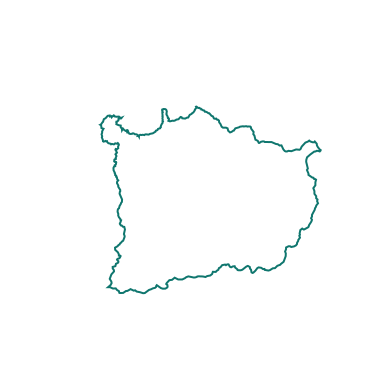 the district of Roncesvalles, Tolima, Colombia, rotated 229°
{"feature_id": "7082276B73571332128099", "entity_name": "Roncesvalles", "entity_type": "district", "adm_level": 2, "iso_a3": "COL", "parent_name": "Colombia", "parent_adm1": "Tolima", "projection": "natural_earth1", "projection_center": [-75.521, 4.104], "detail": "fine", "context": "isolated", "style": "outline", "palette": "teal", "viewbox_px": 384, "rotation_deg": 229, "n_neighbors": 0, "source": "geoboundaries", "source_scale": "gbopen_adm2", "svg_char_len": 6050}
<svg xmlns="http://www.w3.org/2000/svg" viewBox="0 0 384 384"><g transform="rotate(229 192 192)"><path d="M79.2,210.9L79.4,211.8L79.2,215.3L82.1,220.6L84.1,222.5L86.0,223.2L87.1,225.4L88.4,226.6L87.7,229.3L86.7,230.4L85.4,230.8L84.0,233.3L83.5,235.4L83.8,237.0L84.8,238.1L85.4,240.0L86.1,240.8L86.7,243.5L88.6,244.3L88.9,245.4L90.1,246.0L92.2,248.8L92.1,251.2L90.4,251.7L90.1,252.2L89.2,256.5L89.3,257.2L90.2,258.6L91.4,262.7L92.3,264.3L94.1,264.7L94.7,266.4L96.0,267.5L98.1,273.0L99.0,274.1L99.4,275.5L100.3,277.0L100.8,279.7L103.0,280.4L104.0,281.8L105.8,281.6L107.4,283.0L110.3,283.2L112.4,285.0L115.3,286.1L116.1,289.5L118.4,291.5L119.9,293.7L120.8,293.5L121.7,292.7L123.1,293.0L123.9,292.3L128.5,291.1L129.5,292.0L133.2,293.2L133.7,294.8L139.9,298.0L141.3,299.4L142.7,301.6L142.7,306.0L142.3,310.8L141.5,311.9L141.3,313.1L140.2,314.2L138.8,315.0L138.9,316.2L139.2,316.6L140.2,316.3L143.1,316.4L145.1,316.8L146.6,317.8L149.5,317.8L149.3,316.9L150.5,315.6L152.6,314.4L153.9,314.2L154.0,312.5L154.9,310.0L154.3,304.6L153.2,302.1L153.3,300.9L155.8,298.5L157.6,293.8L159.8,291.8L160.3,290.2L161.0,289.4L162.1,288.9L164.2,288.9L168.5,290.1L169.6,288.6L171.8,288.1L173.1,286.9L177.5,284.8L182.0,279.7L182.9,279.5L183.7,278.7L184.6,277.1L184.8,275.1L185.3,274.6L187.5,275.2L189.9,274.2L193.6,276.1L195.4,276.2L196.9,277.9L201.0,278.2L202.4,279.0L203.2,278.9L204.8,277.2L205.0,276.7L206.1,276.1L207.5,274.0L208.1,273.7L209.8,271.1L210.0,269.9L211.6,266.5L210.9,263.9L211.2,263.6L211.4,261.3L212.0,259.8L214.5,259.5L216.7,260.6L218.2,259.9L220.2,257.6L221.8,257.2L224.7,258.1L226.7,258.2L228.2,259.2L229.5,259.0L230.0,258.4L231.6,258.4L232.0,257.5L233.1,256.8L235.3,257.4L236.7,256.7L240.1,256.7L240.6,256.1L242.3,255.7L243.5,255.1L244.1,254.4L245.4,254.7L246.2,254.0L247.4,253.8L248.1,253.1L248.9,253.4L249.6,252.9L250.6,252.8L251.3,251.8L253.5,251.4L253.7,251.0L252.7,250.7L252.3,248.2L251.8,247.7L251.1,245.1L251.4,244.1L251.2,242.9L251.7,240.9L250.7,238.0L251.4,237.0L251.9,235.0L254.0,233.0L255.3,233.2L256.1,232.6L255.8,229.5L256.9,227.7L257.0,226.5L257.6,225.0L258.6,224.1L259.8,221.7L261.2,220.9L261.7,222.0L262.4,222.6L263.4,222.3L263.7,222.8L264.4,222.7L265.2,223.2L267.1,223.5L267.5,224.0L267.8,224.0L269.4,225.9L271.0,226.5L272.1,226.2L273.3,225.0L273.8,223.6L273.4,223.1L272.7,223.1L272.1,222.3L271.4,222.3L271.3,221.6L268.9,219.9L268.7,219.4L267.9,219.2L266.9,217.9L265.5,217.2L265.0,216.3L264.2,216.3L264.0,215.6L263.3,214.8L263.1,213.5L262.0,211.4L261.4,211.1L261.4,210.4L261.0,209.8L261.9,207.8L261.4,206.5L262.0,204.9L261.5,204.1L262.0,200.9L263.5,198.3L263.7,197.0L265.8,195.0L266.2,194.3L266.2,193.4L267.5,192.4L268.1,191.3L269.2,190.4L269.3,189.0L268.6,188.3L269.5,188.5L269.9,187.9L270.1,188.4L270.8,188.4L272.0,187.9L273.0,186.8L274.5,186.4L275.3,185.5L275.2,185.0L276.2,183.6L277.2,182.9L278.2,183.1L279.3,182.3L279.8,183.7L281.0,183.9L281.4,183.3L280.9,182.6L281.4,182.1L283.3,181.5L285.2,181.5L284.6,179.8L285.9,180.7L287.5,180.6L288.9,181.8L290.5,180.5L292.8,179.4L293.7,180.5L294.2,180.5L294.7,181.1L294.3,181.7L294.3,183.4L295.6,184.7L295.5,185.4L295.0,185.5L294.0,186.8L294.2,187.7L294.5,186.8L296.9,186.3L298.4,184.3L299.9,183.1L300.7,183.4L301.2,183.2L301.1,182.3L301.4,181.7L301.1,180.4L302.3,180.7L302.8,179.6L303.7,180.1L304.8,178.3L304.4,175.2L304.8,173.2L303.3,170.9L303.4,170.5L302.7,167.7L302.9,166.9L302.0,167.2L299.6,165.6L297.8,166.7L296.7,163.9L295.6,163.0L294.9,161.6L293.0,160.8L292.4,159.8L289.8,158.9L288.7,158.1L287.9,158.4L287.3,160.2L286.7,160.3L286.2,161.2L285.3,160.8L283.7,160.9L281.7,162.3L281.1,162.2L280.7,163.2L279.2,164.3L279.0,164.8L279.2,165.6L278.9,166.2L277.5,167.2L277.6,168.1L276.8,168.2L275.6,167.8L274.7,165.9L273.4,165.0L273.6,163.2L274.5,162.7L274.3,162.1L273.8,161.8L272.8,161.9L271.9,161.2L271.1,161.3L270.8,160.7L270.7,159.0L268.7,158.6L267.9,156.9L266.9,156.3L267.4,155.0L267.1,154.2L266.2,153.8L266.1,153.4L265.5,153.4L264.5,154.4L264.1,154.3L262.7,152.5L262.9,151.4L261.9,150.9L262.4,150.0L261.7,148.5L259.7,147.0L257.6,146.5L257.2,146.1L256.6,146.2L255.1,145.1L254.3,145.5L253.8,145.4L253.3,144.7L252.5,145.0L250.4,143.8L249.2,144.0L248.8,142.1L247.9,141.2L245.2,140.6L244.4,139.8L240.7,139.2L239.6,138.3L239.5,137.7L238.2,136.2L232.2,134.3L230.5,132.6L230.3,131.4L229.5,130.0L229.1,128.4L227.6,126.2L227.7,125.2L227.2,124.2L225.8,122.8L223.8,122.0L222.7,120.9L220.9,120.3L218.6,120.2L218.0,119.7L217.2,120.0L215.8,117.6L215.7,117.0L215.2,116.6L213.4,116.4L212.8,117.0L211.1,117.1L210.1,118.0L207.7,116.8L204.9,113.0L203.2,112.4L202.4,111.8L200.4,108.1L200.6,106.4L200.3,105.5L200.4,103.9L199.9,102.9L200.2,101.7L199.9,100.2L200.5,97.4L198.8,96.1L195.1,96.5L193.0,95.9L192.0,95.1L191.0,96.1L190.5,96.1L189.8,94.6L189.7,93.6L190.2,92.4L190.3,91.2L189.6,90.9L188.0,91.0L187.2,90.1L187.2,89.3L187.7,87.5L186.3,85.5L187.5,83.0L186.3,82.0L184.3,81.8L183.2,81.0L182.7,77.1L180.4,72.9L177.4,72.4L176.0,71.6L175.2,69.6L175.2,66.2L173.9,67.7L171.0,69.0L169.3,71.2L167.3,71.1L165.1,71.8L163.6,71.0L163.1,71.3L161.0,73.8L160.6,77.2L159.7,78.4L159.0,81.9L155.8,83.3L155.1,84.6L153.2,84.9L150.5,87.0L147.7,88.7L146.7,90.1L146.3,95.3L145.4,97.4L145.0,99.1L143.9,101.3L143.9,102.5L144.6,103.4L144.8,104.3L139.9,105.5L138.1,106.6L136.5,108.6L136.2,110.7L136.5,111.4L137.9,112.4L139.5,112.2L139.9,113.3L140.3,117.1L138.8,119.3L138.7,122.7L135.0,124.2L132.4,127.2L131.6,130.1L131.5,131.8L130.7,133.9L126.2,137.3L125.3,138.6L124.7,140.0L124.8,140.5L124.2,141.5L121.1,144.8L119.0,146.4L118.6,148.3L117.0,151.0L116.9,153.4L118.1,155.4L116.1,157.5L116.3,159.1L116.0,160.8L116.9,162.4L116.5,164.0L117.0,166.8L115.5,169.4L114.5,169.6L114.4,170.6L113.8,171.8L113.3,172.1L110.9,171.6L110.0,171.8L109.4,172.3L109.1,173.9L108.0,175.5L106.7,175.0L103.9,175.5L103.2,175.2L102.6,175.6L100.9,177.5L100.3,179.0L100.1,183.9L99.7,185.5L99.3,185.8L97.4,186.4L96.1,185.5L94.7,185.6L92.3,184.2L91.2,184.6L90.9,185.4L91.0,188.1L91.7,191.4L91.4,192.8L89.4,194.5L87.3,195.0L86.4,196.2L85.5,195.8L82.6,198.1L81.9,199.6L81.4,202.9L80.1,204.7L80.3,208.0L79.2,210.9Z" fill="none" stroke="#0f766e" stroke-width="2"/></g></svg>